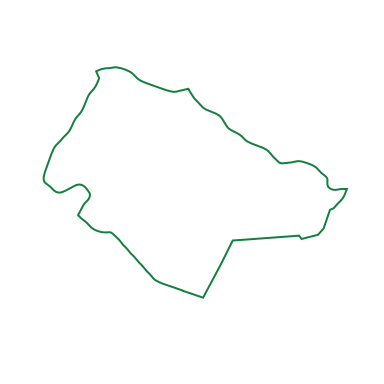 the district of Hondo Valle, La Estrelleta, Dominican Republic, rotated 199°
{"feature_id": "3306468B67030502759571", "entity_name": "Hondo Valle", "entity_type": "district", "adm_level": 2, "iso_a3": "DOM", "parent_name": "Dominican Republic", "parent_adm1": "La Estrelleta", "projection": "robinson", "projection_center": [-71.685, 18.71], "detail": "fine", "context": "isolated", "style": "outline", "palette": "green", "viewbox_px": 384, "rotation_deg": 199, "n_neighbors": 0, "source": "geoboundaries", "source_scale": "gbopen_adm2", "svg_char_len": 2120}
<svg xmlns="http://www.w3.org/2000/svg" viewBox="0 0 384 384"><g transform="rotate(199 192 192)"><path d="M229.1,288.4L239.7,281.7L242.0,280.7L246.0,280.1L251.5,279.9L264.2,280.0L271.2,280.1L275.4,280.4L278.1,280.8L280.6,281.6L285.6,284.1L287.9,285.0L290.4,285.6L294.4,286.0L299.7,285.9L303.6,285.4L306.1,284.6L309.6,282.6L314.1,280.7L316.3,279.5L318.3,278.2L321.9,274.9L316.8,269.3L317.1,263.9L317.7,260.0L318.4,257.6L320.7,252.1L321.3,249.4L321.6,246.6L322.0,237.9L322.5,233.7L323.1,230.9L325.3,225.4L326.1,223.0L326.6,220.1L327.3,212.9L327.8,210.1L328.6,207.6L331.2,202.2L333.0,197.6L335.7,192.2L336.5,189.7L336.8,188.3L337.3,182.5L337.5,167.5L337.5,161.7L337.1,157.7L336.2,155.3L335.5,154.2L333.8,152.9L327.6,150.8L322.8,148.4L320.6,147.9L319.4,147.8L317.1,148.3L315.9,148.8L313.8,150.4L311.9,152.2L305.4,159.2L303.5,161.0L302.4,161.7L301.2,162.3L298.8,162.8L296.5,162.5L294.4,161.7L290.1,158.9L288.5,157.6L287.8,156.6L287.4,155.6L287.2,154.4L287.2,153.3L287.6,151.1L289.9,146.1L290.5,143.7L292.2,133.0L288.3,131.1L281.6,128.7L275.5,125.5L272.0,124.6L268.3,124.4L264.6,124.6L261.2,125.4L256.6,127.2L255.6,127.3L253.7,126.9L245.7,123.3L239.9,119.6L235.6,117.5L229.7,113.9L225.4,111.9L219.5,108.3L215.2,106.2L209.4,102.6L205.0,100.5L200.1,97.6L197.9,96.7L194.1,96.1L190.2,95.8L168.9,95.8L168.9,95.6L147.1,95.7L141.0,134.0L137.7,159.4L128.5,163.3L76.5,185.6L73.1,183.3L59.0,192.5L58.3,194.1L55.7,200.2L55.7,213.1L55.7,218.5L55.7,220.1L53.0,222.6L52.5,223.4L50.6,228.0L48.5,232.3L47.6,234.6L46.8,238.4L46.5,245.2L51.1,243.8L57.0,240.7L59.2,240.1L61.5,240.1L62.6,240.3L64.5,241.0L65.4,241.7L66.5,243.4L68.1,248.1L68.7,248.9L70.3,250.1L76.5,252.4L82.5,255.6L86.4,256.5L90.4,256.8L97.1,256.7L101.0,256.0L103.2,255.0L108.1,252.1L115.0,248.9L116.9,248.2L118.9,248.2L120.7,248.9L126.6,251.7L132.6,255.2L134.8,256.1L137.4,256.6L140.0,256.9L150.6,257.2L155.8,257.7L158.2,258.4L163.3,260.9L165.5,261.7L167.8,262.2L175.1,263.2L177.4,263.8L178.5,264.2L180.7,265.6L187.6,271.3L189.8,272.6L191.0,273.1L194.9,273.9L205.4,274.5L209.2,275.4L220.5,281.4L226.2,285.8L229.1,288.4Z" fill="none" stroke="#15803d" stroke-width="2"/></g></svg>